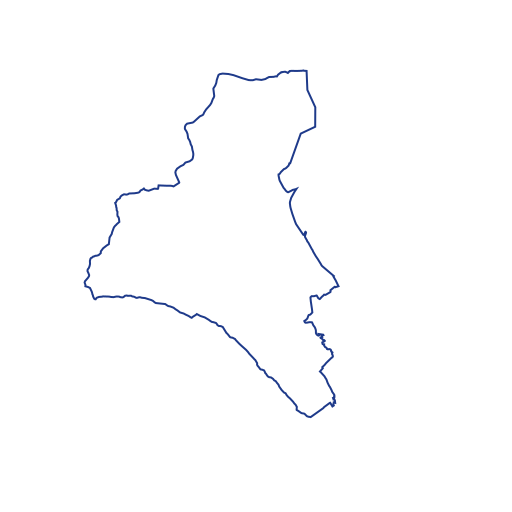 Valea Teilor, Tulcea, Romania, rotated 322°
{"feature_id": "2599482B35189846283613", "entity_name": "Valea Teilor", "entity_type": "district", "adm_level": 2, "iso_a3": "ROU", "parent_name": "Romania", "parent_adm1": "Tulcea", "projection": "albers", "projection_center": [28.478, 45.113], "detail": "fine", "context": "isolated", "style": "outline", "palette": "blue", "viewbox_px": 512, "rotation_deg": 322, "n_neighbors": 0, "source": "geoboundaries", "source_scale": "gbopen_adm2", "svg_char_len": 6131}
<svg xmlns="http://www.w3.org/2000/svg" viewBox="0 0 512 512"><g transform="rotate(322 256 256)"><path d="M122.1,157.6L120.3,160.1L118.6,161.5L116.9,162.5L115.1,163.0L114.5,163.5L113.9,164.2L113.5,166.0L112.8,168.3L112.1,169.0L110.3,169.7L105.7,170.6L104.6,171.4L103.8,173.8L102.9,174.8L104.6,177.1L105.5,179.0L104.6,183.0L104.1,184.3L103.5,185.5L103.3,186.5L102.7,187.7L102.2,190.1L102.4,190.6L102.6,191.1L103.0,191.4L104.4,190.9L104.9,190.9L107.1,191.6L109.7,193.3L110.5,193.6L115.2,197.5L116.7,199.2L118.4,200.7L120.9,201.9L122.2,202.9L123.1,203.7L123.7,204.8L124.5,205.7L125.4,206.5L126.3,206.8L128.3,206.7L129.9,207.6L130.3,208.3L133.1,210.4L133.6,211.7L134.5,212.6L135.0,213.3L135.8,215.1L136.4,215.7L138.6,216.6L139.3,217.2L140.3,218.6L142.6,220.8L146.4,226.3L147.2,228.0L147.6,230.1L148.1,231.4L154.9,238.0L155.7,240.7L156.1,241.5L157.4,243.0L159.2,246.0L159.8,248.4L160.6,250.6L161.4,253.7L163.6,256.8L164.5,258.9L165.8,261.4L166.4,262.9L166.6,263.8L167.3,265.1L168.8,265.0L172.6,265.4L173.6,265.3L175.3,269.1L177.8,272.8L179.5,277.2L180.1,279.4L180.7,280.9L181.6,281.8L183.2,284.1L183.3,285.1L183.1,286.6L183.5,288.1L185.1,289.6L186.1,291.5L185.3,298.5L185.5,299.2L185.6,300.9L185.6,303.9L186.2,304.9L187.2,305.9L188.4,308.6L188.3,309.7L188.8,314.8L189.4,318.5L190.4,323.9L190.6,326.9L190.5,328.8L191.1,335.0L191.2,336.7L191.4,337.4L190.9,341.2L190.0,342.2L189.7,343.2L189.8,345.5L189.7,347.6L189.9,348.3L190.9,349.4L191.9,351.1L191.7,352.5L191.2,354.1L191.4,354.8L191.2,356.7L191.2,358.2L191.7,359.5L193.1,361.0L193.8,363.3L193.8,365.2L194.5,366.8L194.4,368.8L194.5,371.2L193.9,373.2L193.7,377.4L194.0,380.7L194.2,381.3L194.7,382.1L194.8,382.5L194.5,384.4L194.6,386.7L195.1,389.1L195.5,393.7L195.4,395.9L195.6,397.2L195.6,398.0L195.4,399.1L195.3,400.0L193.3,402.2L193.3,402.5L194.0,404.2L194.9,407.3L195.4,408.2L196.8,409.7L197.1,410.3L197.5,413.6L198.4,415.0L199.4,416.0L199.9,416.6L215.3,417.3L216.7,417.0L223.8,417.2L224.1,417.3L223.6,421.6L225.2,421.7L225.3,421.2L226.3,419.8L226.8,419.8L227.2,419.3L228.0,420.4L228.6,419.4L229.1,418.7L229.6,416.9L228.8,416.7L229.3,415.3L230.0,415.6L231.1,415.4L231.2,414.5L232.1,414.0L232.3,412.8L232.4,410.1L233.0,408.0L233.6,404.9L233.7,403.3L234.4,399.9L235.5,396.6L235.6,395.1L235.9,392.9L235.5,387.6L235.3,386.4L239.5,385.6L239.8,384.4L242.9,384.1L245.5,383.5L253.0,382.7L253.8,382.9L254.9,382.3L255.4,381.1L255.5,380.3L255.6,379.9L256.8,379.1L256.5,378.5L256.7,378.2L256.5,377.6L256.6,377.2L257.0,376.8L257.0,376.5L257.2,375.9L257.0,375.2L256.5,374.5L255.5,374.0L255.4,373.8L255.0,373.6L254.7,373.0L255.0,372.5L254.8,371.0L254.4,370.3L254.5,369.7L254.5,368.9L254.6,368.4L255.3,367.6L254.6,367.0L254.3,366.5L254.3,366.2L255.0,364.9L257.4,365.3L257.9,365.3L258.0,365.2L257.9,364.2L257.1,363.4L257.2,362.9L257.0,362.5L257.1,362.1L257.1,361.3L256.6,360.8L256.5,360.5L256.5,360.2L257.5,360.1L258.2,360.5L258.4,359.6L258.6,359.5L260.4,359.9L260.5,359.4L257.8,356.5L257.8,357.2L257.6,357.4L256.5,357.4L256.1,357.1L255.7,356.3L255.5,355.1L255.6,354.3L255.8,353.6L257.3,351.6L257.8,350.6L258.3,349.0L258.5,347.8L258.5,346.0L259.3,342.8L259.1,342.5L257.3,341.0L255.3,340.0L254.0,339.1L253.8,338.7L253.7,338.3L254.0,337.0L256.1,337.1L257.9,336.9L260.8,335.1L261.2,335.0L262.4,335.5L262.8,335.6L265.6,335.2L267.3,332.5L271.2,325.6L273.3,322.3L273.6,322.1L275.1,321.9L277.0,323.4L279.4,324.4L279.5,324.6L279.1,327.5L279.6,329.1L279.9,329.2L282.8,328.7L284.8,328.6L285.9,328.4L286.8,329.4L287.3,329.5L292.3,330.2L292.7,330.1L293.6,328.8L299.0,328.7L299.4,329.5L299.9,329.5L300.4,329.9L302.4,330.6L303.8,324.1L303.9,323.2L304.4,319.8L305.0,319.7L301.9,304.6L301.9,303.5L302.1,302.7L302.8,296.3L303.0,293.0L303.7,287.9L304.2,286.0L304.2,285.1L305.5,277.5L305.4,276.1L305.8,275.0L305.9,274.0L306.3,271.4L306.6,270.7L307.0,270.3L309.5,268.7L309.9,268.3L310.0,267.7L309.9,267.4L309.6,267.4L307.6,268.6L306.9,268.7L306.4,268.6L306.3,268.3L307.2,255.6L307.9,253.1L310.6,245.1L312.8,239.5L313.6,237.9L315.3,235.1L316.2,234.2L319.6,231.8L325.9,229.1L329.2,228.0L328.4,227.8L325.6,226.5L324.1,226.3L320.7,225.6L320.3,225.2L320.0,224.4L319.7,222.9L319.8,221.0L319.7,219.3L321.0,211.5L321.4,210.3L323.3,206.5L324.0,205.6L324.6,205.8L325.4,205.8L327.2,205.2L331.5,204.7L332.8,205.1L334.0,205.2L337.4,204.8L339.2,203.6L339.4,203.5L340.0,204.0L366.6,187.1L382.2,190.6L394.3,175.3L398.7,156.8L409.8,141.3L407.8,139.5L407.7,139.1L406.1,138.2L402.2,135.4L397.9,131.9L396.4,131.0L396.0,131.3L395.2,131.1L393.8,131.4L393.6,131.1L393.6,130.7L392.4,128.7L389.4,126.9L389.3,127.1L388.1,126.7L385.0,126.7L383.0,127.4L382.2,126.6L380.1,125.6L376.5,123.0L374.5,122.6L372.3,122.3L368.7,120.6L364.8,116.7L361.9,115.6L359.8,114.0L358.5,112.8L354.7,107.5L349.6,99.6L346.3,95.6L342.0,91.7L339.4,90.4L338.8,90.3L337.8,90.3L333.5,93.1L331.2,95.2L328.8,96.6L325.7,97.7L325.4,97.9L321.6,104.2L321.2,104.5L320.0,105.3L319.3,105.4L318.0,106.1L315.1,107.9L312.9,108.7L306.9,109.8L303.7,110.9L301.6,112.0L300.7,112.1L297.7,111.4L289.7,112.0L288.3,111.9L283.2,109.3L281.2,109.5L279.7,110.3L278.6,111.5L278.2,112.2L278.1,112.9L277.9,115.2L277.2,117.6L275.0,121.5L274.9,123.3L274.4,125.4L273.3,127.9L272.9,130.2L271.2,133.3L270.5,135.1L269.5,136.9L268.6,138.0L266.5,139.9L265.2,140.6L264.5,140.6L262.0,140.5L257.9,138.9L254.9,139.5L251.8,138.8L247.6,138.6L245.1,139.5L243.9,140.5L242.8,142.8L240.9,150.5L240.8,150.8L240.5,151.0L233.9,150.4L232.9,149.0L231.8,147.9L228.7,145.5L222.7,140.4L220.4,142.6L220.0,142.7L217.3,140.3L211.6,138.5L210.3,137.0L209.2,135.3L209.2,133.8L207.6,133.8L205.4,133.3L203.4,133.9L202.0,133.5L198.8,131.7L194.6,128.7L192.8,128.4L191.6,127.8L190.4,126.5L189.9,126.1L187.9,125.7L186.7,125.7L185.8,125.8L184.2,126.7L181.2,126.3L178.3,127.6L177.7,127.5L176.8,130.1L176.0,131.3L175.7,132.3L174.4,134.2L174.1,135.8L172.1,138.2L171.5,139.4L171.4,139.7L171.6,140.4L171.2,141.8L170.7,142.7L169.3,145.0L165.8,145.2L165.0,145.4L163.5,145.5L161.6,146.0L157.2,148.7L155.9,149.8L152.0,151.3L147.3,156.1L145.0,155.8L140.3,155.8L136.6,156.8L135.4,158.2L132.5,158.4L130.7,157.7L129.5,156.9L128.3,156.7L127.4,156.2L125.9,156.3L124.9,156.0L123.8,156.3L122.1,157.6Z" fill="none" stroke="#1e3a8a" stroke-width="2"/></g></svg>